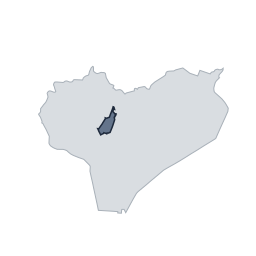 location of Samarra, Sala ad-Din, Iraq, rotated 289°
{"feature_id": "34846034B32095770002268", "entity_name": "Samarra", "entity_type": "district", "adm_level": 2, "iso_a3": "IRQ", "parent_name": "Iraq", "parent_adm1": "Sala ad-Din", "projection": "mercator", "projection_center": [43.854, 34.328], "detail": "fine", "context": "in_parent", "style": "filled", "palette": "slate", "viewbox_px": 256, "rotation_deg": 289, "n_neighbors": 0, "source": "geoboundaries", "source_scale": "gbopen_adm2", "svg_char_len": 4639}
<svg xmlns="http://www.w3.org/2000/svg" viewBox="0 0 256 256"><g transform="rotate(289 128 128)"><path d="M104.7,44.9L106.4,44.5L109.7,41.7L111.6,39.2L112.2,39.0L113.8,39.8L115.1,40.0L117.8,39.1L119.5,39.6L120.9,40.2L121.7,40.3L125.4,41.8L126.4,42.0L128.3,42.2L131.2,42.3L133.0,41.3L134.3,40.3L135.2,40.3L136.1,40.6L136.9,41.0L137.5,41.7L137.8,42.8L137.7,46.2L138.0,47.1L138.5,47.7L139.1,47.8L139.9,47.1L141.3,46.0L143.0,44.9L144.2,43.8L144.9,43.4L146.1,43.4L147.2,43.6L147.8,44.1L147.8,44.3L148.4,45.9L149.9,51.8L150.7,52.6L151.7,53.2L152.3,54.1L152.6,55.0L152.5,56.3L152.5,57.9L152.9,59.1L153.5,60.1L154.0,60.5L154.8,60.6L155.7,60.8L156.3,61.7L158.3,68.4L158.5,69.3L159.3,69.5L160.6,69.4L162.0,70.1L163.5,71.2L164.9,73.2L165.9,73.5L168.8,73.2L172.9,73.6L174.8,74.6L174.6,75.3L173.1,76.0L170.6,76.8L169.8,78.3L169.4,80.1L169.4,81.1L170.1,82.3L171.9,84.5L172.0,85.4L172.3,86.5L172.6,87.3L172.3,88.8L170.6,89.8L168.5,91.0L164.1,96.0L163.8,97.1L163.8,100.0L163.4,100.9L162.0,100.9L160.9,100.7L160.9,101.7L160.2,103.1L159.8,104.3L161.4,107.2L161.7,108.6L161.4,110.0L160.0,112.4L159.1,113.9L159.3,114.3L160.5,114.9L164.0,120.1L165.2,121.9L166.7,121.4L167.3,121.4L167.7,121.7L168.0,122.3L168.0,123.1L167.6,124.2L169.5,124.7L170.2,125.9L172.5,129.9L172.4,131.0L171.3,132.9L171.3,134.2L171.5,135.3L171.9,135.7L175.2,135.8L176.6,136.3L180.1,138.3L184.0,141.4L187.2,144.0L190.0,146.1L192.9,146.0L193.7,146.4L194.4,147.0L195.3,148.8L196.9,152.8L198.4,154.1L200.6,157.3L202.6,160.3L201.3,164.4L199.9,168.6L199.9,174.0L199.9,176.9L202.7,177.1L205.9,177.2L205.9,180.7L205.9,184.1L205.9,188.1L206.9,188.3L208.3,189.1L208.9,190.4L209.7,191.1L210.7,191.2L211.6,191.8L212.5,193.0L212.9,193.9L212.6,194.4L212.8,195.5L213.5,197.0L214.2,197.7L215.5,198.5L213.8,199.0L212.0,198.6L208.2,196.9L207.0,196.9L205.4,197.5L205.3,198.1L201.3,196.2L199.8,195.8L199.3,195.7L197.0,195.8L193.7,196.1L191.8,196.9L190.4,197.7L189.8,198.6L189.6,199.0L188.6,201.4L187.3,204.5L186.1,207.3L183.7,211.2L182.3,213.0L179.4,216.3L176.3,217.0L169.0,216.4L160.9,215.6L152.9,214.9L146.9,214.4L146.4,214.2L140.5,209.4L135.9,205.6L130.0,200.9L124.1,196.0L118.0,191.1L113.6,187.5L108.3,182.9L103.5,178.6L99.6,175.3L94.7,172.4L90.9,170.1L85.3,166.7L80.8,164.1L77.0,161.8L71.1,158.2L69.1,157.3L63.0,156.1L57.2,155.1L51.2,154.1L47.2,153.4L49.8,150.8L49.0,148.6L47.1,149.0L45.3,149.5L44.3,146.0L45.6,145.6L44.4,140.9L43.1,136.2L41.8,131.5L40.5,126.8L45.6,123.8L49.4,121.5L54.7,118.3L59.8,115.2L64.7,112.3L70.0,109.0L74.8,106.1L79.2,104.9L80.2,104.0L82.2,100.0L83.9,96.6L84.0,95.8L84.0,91.0L84.3,85.3L84.8,82.2L85.8,79.5L86.7,77.5L86.8,75.7L86.7,73.8L85.8,71.0L84.8,68.0L84.9,65.1L85.1,63.6L85.7,61.1L86.7,59.3L87.9,58.2L92.0,57.0L94.5,56.3L97.8,53.1L99.8,51.2L102.5,48.2L104.6,46.0L104.7,45.2L104.7,44.9Z" fill="#d9dde1" stroke="#a8b0b8" stroke-width="1"/><path d="M130.2,103.3L129.6,103.7L129.4,103.7L129.1,103.5L128.9,103.5L128.7,103.3L128.4,103.3L127.8,103.2L127.4,103.1L127.0,103.0L126.5,102.9L125.7,102.7L124.9,102.5L124.3,102.4L123.3,102.2L122.3,101.9L121.3,101.6L119.5,101.1L119.2,101.0L118.8,100.9L117.6,100.6L117.6,100.2L117.5,99.6L117.3,99.8L117.1,100.0L116.7,100.4L116.0,101.0L115.4,101.5L115.1,101.8L114.2,102.8L113.5,103.5L113.1,103.9L112.6,104.4L113.7,105.4L114.2,105.9L114.8,106.6L115.0,106.7L115.7,106.7L115.7,107.9L115.7,108.2L115.7,108.5L115.7,108.9L115.7,109.3L115.6,109.8L116.4,109.8L116.6,110.3L116.7,110.7L116.8,110.9L116.8,111.1L117.2,111.5L118.0,112.5L118.9,112.5L119.8,112.6L123.9,112.8L124.5,112.8L126.1,112.8L131.2,112.7L131.5,112.7L131.8,112.6L132.0,112.4L132.3,112.2L132.6,112.1L132.8,112.0L133.0,111.9L133.3,111.7L133.6,111.5L133.8,111.6L134.0,111.8L134.2,111.7L134.3,111.6L134.5,111.6L134.6,111.8L135.0,112.0L135.3,112.1L135.3,111.9L135.5,111.8L135.8,111.9L136.0,112.0L136.2,111.9L136.3,111.9L136.4,112.0L136.5,111.9L136.8,112.0L137.0,112.1L137.0,111.9L137.3,111.9L137.4,112.0L137.5,112.0L137.5,111.9L137.4,111.7L137.3,111.4L137.0,111.1L137.3,110.7L137.6,110.2L138.0,109.6L138.1,109.3L138.2,108.9L138.4,108.7L138.7,108.4L138.8,108.4L139.0,108.4L139.3,108.3L139.6,108.2L139.9,108.2L140.3,108.2L140.8,108.3L141.0,108.4L141.2,108.6L141.2,108.8L141.2,109.0L141.2,109.3L141.4,109.2L141.7,108.9L141.9,108.7L142.1,108.4L142.3,108.2L142.8,108.2L143.0,108.0L143.1,107.8L143.2,107.7L143.3,107.5L143.3,107.4L143.2,107.3L143.2,107.1L142.9,107.2L142.3,107.1L141.5,107.1L140.5,107.1L139.7,107.1L137.6,107.0L137.4,107.0L136.4,107.0L135.5,106.9L135.0,106.9L134.7,106.9L133.9,106.9L133.5,106.9L132.1,106.9L131.8,106.5L131.7,106.3L131.3,105.8L130.9,105.4L130.6,105.1L130.5,104.8L130.2,104.4L130.2,104.2L130.2,103.3Z" fill="#64748b" stroke="#1e293b" stroke-width="1.5"/></g></svg>